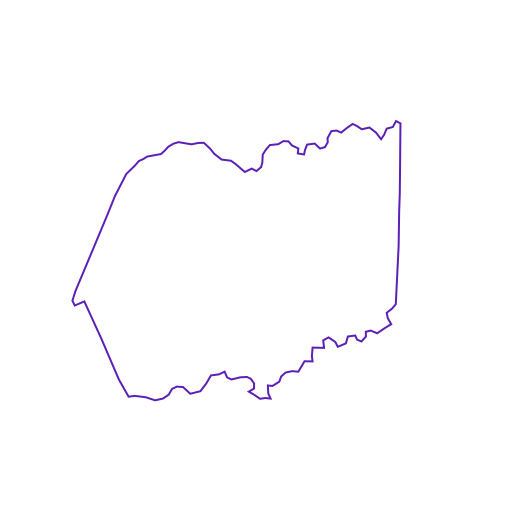 outline of Tupãssi, Paraná, Brazil, rotated 66°
{"feature_id": "56859067B37037005720228", "entity_name": "Tupãssi", "entity_type": "district", "adm_level": 2, "iso_a3": "BRA", "parent_name": "Brazil", "parent_adm1": "Paraná", "projection": "mercator", "projection_center": [-53.504, -24.635], "detail": "fine", "context": "isolated", "style": "outline", "palette": "violet", "viewbox_px": 512, "rotation_deg": 66, "n_neighbors": 0, "source": "geoboundaries", "source_scale": "gbopen_adm2", "svg_char_len": 1716}
<svg xmlns="http://www.w3.org/2000/svg" viewBox="0 0 512 512"><g transform="rotate(66 256 256)"><path d="M128.3,341.1L143.8,360.4L158.3,375.4L215.0,435.6L222.2,441.9L227.5,441.7L227.7,431.3L259.6,431.0L268.4,430.9L313.1,431.5L332.7,429.6L334.5,423.6L340.3,414.0L346.8,406.9L348.4,399.0L347.2,392.2L343.3,386.8L343.1,381.5L346.1,375.9L355.1,372.1L356.9,361.8L352.3,353.4L346.8,345.7L349.1,337.8L348.9,331.7L355.1,331.8L358.8,328.7L360.4,319.8L362.8,313.5L366.2,310.6L371.7,309.6L376.3,311.7L377.0,317.7L382.5,313.8L388.1,310.4L389.5,305.3L392.2,300.7L386.5,300.7L379.1,297.8L381.4,293.9L380.3,285.8L376.3,282.0L374.5,276.4L375.9,269.8L378.9,264.4L376.3,260.7L371.9,254.5L375.3,247.2L370.3,245.7L362.7,241.6L367.6,231.2L360.4,228.9L359.9,222.8L366.8,218.5L372.2,218.2L372.4,209.4L366.9,204.8L369.0,197.7L373.5,197.7L377.0,194.4L374.3,188.4L369.9,186.5L370.8,181.5L375.9,176.7L374.3,168.0L373.3,160.2L366.4,160.9L361.0,159.7L359.4,153.1L356.9,147.9L304.8,121.6L272.9,106.8L256.9,99.0L237.7,90.2L193.6,70.1L189.7,73.2L193.8,78.5L192.8,84.8L197.3,89.6L200.2,94.2L192.0,96.2L184.8,100.1L183.2,107.9L178.2,111.0L174.7,114.0L176.0,120.9L177.9,128.0L174.1,131.5L172.6,136.4L177.4,142.7L181.3,144.2L184.6,148.7L183.9,153.8L177.2,156.6L175.0,164.0L179.3,168.3L182.8,170.8L179.3,176.1L175.0,173.6L169.6,178.2L164.5,179.7L162.2,184.3L162.9,190.2L160.3,198.2L163.1,204.1L166.1,208.6L173.2,212.2L176.9,215.2L178.6,221.0L174.4,224.4L174.7,232.0L163.2,237.5L158.8,240.1L153.9,248.2L145.6,252.6L139.1,254.3L131.4,257.6L129.2,262.9L127.8,269.3L124.6,274.3L120.5,280.4L119.8,285.8L120.5,291.6L122.5,296.2L124.2,301.3L120.9,315.0L121.6,319.6L121.6,324.4L124.3,330.2L128.3,341.1Z" fill="none" stroke="#5b21b6" stroke-width="2"/></g></svg>